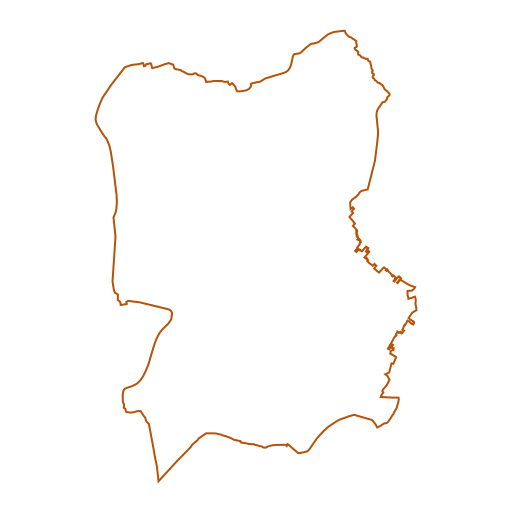 outline of Bang Ban, Phra Nakhon Si Ayutthaya, Thailand
{"feature_id": "78962969B93937525115566", "entity_name": "Bang Ban", "entity_type": "district", "adm_level": 2, "iso_a3": "THA", "parent_name": "Thailand", "parent_adm1": "Phra Nakhon Si Ayutthaya", "projection": "albers", "projection_center": [100.482, 14.383], "detail": "fine", "context": "isolated", "style": "outline", "palette": "amber", "viewbox_px": 512, "rotation_deg": 0, "n_neighbors": 0, "source": "geoboundaries", "source_scale": "gbopen_adm2", "svg_char_len": 5972}
<svg xmlns="http://www.w3.org/2000/svg" viewBox="0 0 512 512"><path d="M367.7,189.4L375.0,160.5L377.2,142.4L378.1,133.4L378.0,130.8L376.5,116.0L376.6,113.0L377.0,111.3L377.7,109.4L381.4,104.0L382.1,102.7L382.8,102.2L384.1,102.0L384.8,101.8L385.9,100.5L387.0,99.1L387.3,97.2L389.4,95.4L389.6,94.9L389.6,94.3L389.4,93.7L387.4,91.4L385.5,90.0L384.6,89.1L382.6,85.2L380.5,84.0L379.6,82.9L378.0,82.8L376.2,80.9L374.9,80.2L374.4,79.0L372.9,77.6L372.7,77.1L372.8,76.5L373.1,75.7L373.9,74.8L373.9,74.4L373.6,73.9L372.2,73.0L372.0,72.5L372.1,71.6L372.7,70.9L372.7,70.4L371.7,69.2L371.2,66.3L370.0,61.6L368.3,60.9L367.7,58.8L365.8,58.9L363.3,57.6L361.7,57.3L361.2,57.0L360.2,55.4L358.3,54.6L358.1,54.2L358.2,52.1L358.1,51.6L355.3,49.7L354.7,48.4L354.8,47.7L356.2,47.1L356.9,46.4L356.3,43.1L356.3,41.5L356.2,41.0L353.9,39.3L352.2,38.5L351.7,37.7L349.0,36.7L348.4,36.2L346.1,33.9L344.6,30.7L334.4,31.9L331.0,33.0L327.6,34.6L318.6,42.0L316.6,42.8L314.0,43.4L311.3,43.8L310.4,44.3L306.1,47.6L300.8,52.6L298.8,53.5L294.4,54.1L293.8,54.6L292.9,56.3L291.6,62.5L290.7,65.9L289.5,68.4L288.0,70.5L286.0,72.0L283.7,72.9L278.6,74.5L276.5,75.0L270.2,77.0L265.1,78.5L260.1,81.7L256.5,82.3L251.1,83.6L250.9,83.9L251.2,85.4L251.1,86.1L249.2,88.7L247.3,89.9L245.7,90.5L240.0,91.4L237.2,91.3L236.8,91.0L236.4,90.1L235.3,86.7L234.5,85.7L232.1,83.2L231.6,83.3L230.2,84.7L229.6,84.9L228.4,83.4L227.8,81.6L224.9,81.9L221.4,81.0L214.4,81.0L212.9,81.1L211.0,81.6L207.9,81.7L206.1,82.0L205.5,79.5L204.5,77.8L203.6,77.1L200.9,75.8L197.9,75.1L196.1,73.4L195.5,73.3L194.4,73.3L193.6,73.9L191.7,74.4L190.4,74.4L188.2,74.1L186.0,73.2L184.4,72.1L181.8,71.1L180.8,70.1L175.2,69.0L174.5,68.6L174.2,67.9L173.1,64.6L168.6,63.1L164.2,64.4L158.0,66.7L152.3,68.1L152.0,67.7L151.2,63.9L150.9,63.5L150.5,63.3L146.1,64.3L145.4,65.8L145.1,66.0L144.0,66.2L143.1,63.1L142.8,63.0L139.2,64.0L136.9,64.4L132.5,64.8L130.9,65.2L124.8,67.3L111.2,84.9L102.7,97.4L100.1,103.1L97.8,109.5L96.0,115.5L95.6,119.3L96.0,121.6L96.9,124.2L100.5,130.3L104.6,136.6L106.0,138.2L106.9,139.6L109.0,144.6L110.0,148.0L111.0,153.0L113.1,166.7L116.5,194.5L116.9,201.9L116.4,208.9L115.5,212.6L113.5,217.5L115.5,236.7L112.5,281.3L114.0,290.7L115.0,292.8L117.9,294.5L117.8,300.0L119.6,301.3L120.3,302.3L120.7,305.0L126.7,304.0L126.4,301.7L128.4,300.9L139.5,302.3L167.3,309.0L169.7,309.8L170.9,310.8L172.1,313.0L171.4,318.4L170.6,320.3L168.5,323.4L162.7,329.1L159.8,332.6L158.1,335.5L156.1,339.8L154.7,343.5L153.3,347.8L148.4,364.4L146.1,370.2L143.1,376.3L140.6,380.0L137.6,383.1L135.5,384.5L133.1,385.6L131.4,386.4L127.5,387.6L124.8,388.8L124.0,389.7L123.3,391.3L122.7,395.1L122.8,398.6L122.8,401.3L123.0,402.2L123.9,404.0L124.1,404.7L123.8,407.8L125.4,408.9L126.0,411.7L126.6,412.1L130.6,412.6L132.7,412.4L137.2,411.2L140.1,411.0L140.8,411.3L143.6,415.8L145.2,417.6L146.1,420.7L146.6,421.7L148.9,424.0L154.1,451.7L154.4,454.2L157.0,467.1L158.5,481.3L176.9,461.2L190.6,447.2L192.2,444.8L197.9,439.8L198.7,438.4L206.2,433.3L215.6,433.4L221.2,434.6L222.3,435.3L225.6,436.1L230.6,437.9L233.7,439.7L240.4,441.1L240.6,441.3L240.6,442.2L240.8,442.4L242.5,442.8L245.8,443.2L249.1,444.0L254.5,444.3L255.1,444.9L257.5,445.3L259.2,446.0L262.0,446.5L262.9,447.3L264.2,447.6L265.5,447.7L268.5,446.2L272.8,445.2L277.6,444.9L284.6,444.8L285.6,445.1L286.7,446.0L287.1,444.4L287.6,444.0L298.3,453.2L300.3,453.0L305.6,451.8L306.7,451.5L307.7,451.0L309.1,449.6L310.1,448.3L316.5,438.9L323.5,431.1L327.6,427.4L328.9,426.4L337.2,420.9L339.5,419.7L347.8,416.7L353.7,414.9L354.4,414.9L371.7,419.9L372.3,420.3L375.7,424.5L377.1,427.4L377.8,427.2L381.0,425.5L383.4,423.8L384.4,423.4L386.3,423.2L387.0,422.8L387.9,422.0L390.6,418.3L392.2,415.5L393.4,414.1L394.2,412.1L396.5,408.4L398.4,401.8L398.8,399.2L398.5,397.6L392.8,397.6L380.7,397.0L381.7,394.7L383.3,392.4L382.4,391.5L382.5,390.4L384.2,388.1L386.7,385.4L388.2,382.4L389.5,379.5L388.4,377.9L387.7,376.2L385.3,374.3L389.0,372.6L389.6,370.9L391.5,363.4L393.3,363.8L396.1,357.1L394.3,356.0L394.3,355.9L392.2,354.7L392.3,354.6L392.0,354.4L390.3,353.7L390.7,351.2L391.6,350.5L393.4,350.1L393.7,348.1L391.9,347.7L391.8,347.9L391.1,347.5L393.0,344.9L392.1,344.4L389.3,349.4L388.0,348.7L394.6,337.0L394.9,336.5L396.5,335.4L396.5,335.2L396.0,334.1L397.2,332.5L397.4,331.6L398.7,332.7L399.4,332.1L400.0,332.7L400.7,331.9L401.8,333.4L404.0,330.7L402.4,329.8L404.4,325.2L404.7,325.4L406.3,323.0L407.5,320.6L409.3,321.5L410.2,322.6L410.6,322.8L410.7,323.2L413.1,324.5L414.0,323.0L413.5,322.6L413.8,321.7L410.1,319.4L408.6,318.0L412.2,312.7L416.4,310.2L416.2,307.2L415.4,304.1L415.8,300.3L415.7,299.0L414.9,296.6L411.6,297.9L408.4,298.8L408.2,296.9L407.6,295.7L407.6,292.8L407.3,292.1L407.6,290.9L412.0,290.6L414.3,288.5L415.1,287.1L411.4,285.9L408.2,284.4L400.3,279.7L397.6,283.1L397.0,282.6L401.0,278.2L399.8,277.0L399.6,277.4L398.5,276.5L394.3,281.5L393.6,281.0L395.5,278.9L395.0,278.5L395.7,277.5L393.6,275.5L392.8,276.3L392.2,275.3L391.9,275.6L391.0,273.9L388.5,271.4L387.5,269.6L386.5,270.8L385.9,270.4L386.3,269.9L385.8,269.0L384.1,267.4L383.7,267.5L379.0,272.6L374.1,268.5L376.3,265.8L374.9,264.5L374.5,263.9L372.8,265.8L368.7,262.6L367.3,261.0L368.0,260.2L366.7,259.0L367.1,258.5L366.0,257.5L365.4,258.2L364.5,257.4L369.3,251.8L368.3,250.8L367.1,252.4L365.9,251.4L367.9,249.0L367.4,248.6L368.1,248.0L366.0,246.6L362.1,251.2L361.4,250.7L361.3,250.9L360.6,250.2L360.4,250.4L359.6,249.7L359.4,250.0L358.7,249.4L356.4,252.0L355.1,250.9L357.6,247.9L357.2,247.4L359.7,244.4L359.5,243.7L360.7,242.4L360.1,241.9L360.7,241.1L359.8,240.4L360.1,240.0L359.2,238.9L358.3,240.0L357.4,239.4L358.4,238.2L357.3,237.2L357.6,236.8L356.7,236.0L357.4,235.3L356.6,234.5L357.1,234.0L356.1,232.9L357.1,231.7L356.3,230.9L357.0,230.2L352.9,225.9L354.8,223.8L354.2,223.1L354.4,222.9L350.7,218.4L349.6,217.2L349.5,216.8L353.1,213.1L351.7,211.3L354.1,208.7L352.8,207.3L350.6,208.9L350.1,202.9L350.3,202.3L351.6,200.3L352.2,199.6L356.2,196.7L359.0,193.6L359.4,192.6L360.3,191.8L361.6,190.9L367.7,189.4Z" fill="none" stroke="#b45309" stroke-width="2"/></svg>